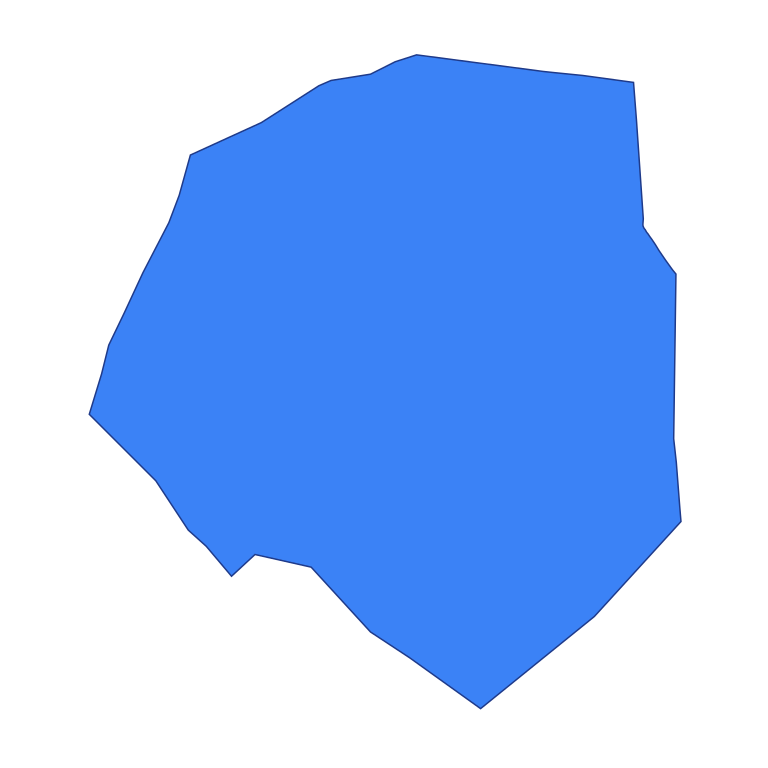 the district of Delgerex, Dornogovi, Mongolia, rotated 268°
{"feature_id": "93677404B19423988530826", "entity_name": "Delgerex", "entity_type": "district", "adm_level": 2, "iso_a3": "MNG", "parent_name": "Mongolia", "parent_adm1": "Dornogovi", "projection": "robinson", "projection_center": [111.393, 45.854], "detail": "fine", "context": "isolated", "style": "filled", "palette": "blue", "viewbox_px": 768, "rotation_deg": 268, "n_neighbors": 0, "source": "geoboundaries", "source_scale": "gbopen_adm2", "svg_char_len": 817}
<svg xmlns="http://www.w3.org/2000/svg" viewBox="0 0 768 768"><g transform="rotate(268 384 384)"><path d="M236.2,676.0L250.4,675.3L295.4,673.4L319.2,671.6L483.7,679.6L487.8,676.5L490.6,674.6L498.1,669.6L507.9,663.4L513.8,660.1L519.1,656.8L522.2,654.7L523.8,653.7L524.8,653.1L525.8,652.3L526.8,651.6L529.0,650.5L529.5,650.1L530.4,649.4L531.3,649.0L532.8,648.4L534.4,648.3L540.0,648.9L639.3,645.5L676.7,643.9L685.4,593.4L689.3,564.6L690.8,554.0L711.8,428.0L705.7,406.5L694.1,381.3L689.2,341.7L684.4,329.4L649.5,270.5L636.4,238.9L619.6,198.5L579.7,185.9L552.7,174.6L503.7,147.0L463.7,126.7L432.5,110.3L403.9,102.1L364.0,88.4L295.2,152.6L244.8,183.3L228.0,200.7L197.2,224.9L218.1,249.1L203.5,304.8L136.6,361.9L109.4,400.2L56.2,469.2L144.3,586.1L236.2,676.0Z" fill="#3b82f6" stroke="#1e3a8a" stroke-width="1.5"/></g></svg>